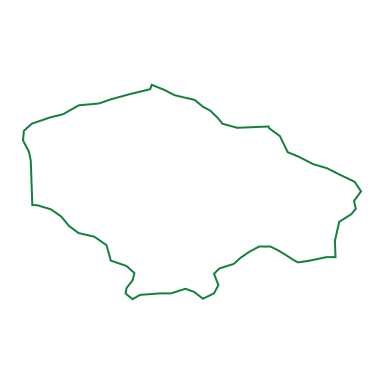 the district of Åtvidaberg, Östergötland, Sweden
{"feature_id": "70781695B49758831077864", "entity_name": "Åtvidaberg", "entity_type": "district", "adm_level": 2, "iso_a3": "SWE", "parent_name": "Sweden", "parent_adm1": "Östergötland", "projection": "robinson", "projection_center": [16.151, 58.245], "detail": "fine", "context": "isolated", "style": "outline", "palette": "green", "viewbox_px": 384, "rotation_deg": 0, "n_neighbors": 0, "source": "geoboundaries", "source_scale": "gbopen_adm2", "svg_char_len": 992}
<svg xmlns="http://www.w3.org/2000/svg" viewBox="0 0 384 384"><path d="M335.5,257.1L334.9,240.9L339.2,221.8L351.4,214.1L355.8,208.7L354.0,201.0L361.0,191.4L354.8,181.9L340.0,174.8L326.9,168.2L313.0,164.1L299.1,156.9L287.7,152.2L279.9,136.1L269.4,128.4L268.5,126.5L237.2,127.8L222.4,123.7L218.1,118.3L210.2,110.6L203.3,107.0L194.6,99.9L174.5,95.2L164.1,89.8L151.7,84.8L150.2,89.2L130.2,94.0L111.0,99.3L98.8,103.5L78.8,105.3L63.1,114.2L49.2,117.7L31.8,123.7L23.9,130.8L23.0,140.3L29.1,152.2L30.8,161.1L32.3,205.1L36.8,205.1L50.8,209.3L61.2,216.5L69.0,226.0L78.6,233.1L94.3,236.7L106.5,245.1L110.8,260.6L126.5,266.0L134.4,273.1L132.6,280.3L126.5,288.1L125.6,293.5L132.5,299.2L140.0,294.9L159.9,293.4L170.9,293.4L185.3,288.8L194.1,291.9L202.9,298.7L214.0,293.4L218.4,285.1L214.0,273.7L219.5,268.4L233.8,263.9L240.5,257.8L249.3,251.8L259.2,246.5L270.3,246.5L278.0,250.3L286.8,255.6L292.4,259.3L297.9,262.4L308.9,260.8L326.6,257.1L335.5,257.1Z" fill="none" stroke="#15803d" stroke-width="2"/></svg>